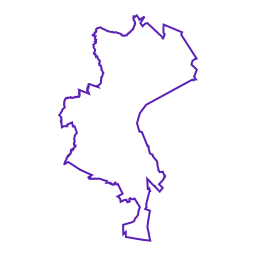 the district of Allende, Chihuahua, Mexico
{"feature_id": "50627088B83243051408080", "entity_name": "Allende", "entity_type": "district", "adm_level": 2, "iso_a3": "MEX", "parent_name": "Mexico", "parent_adm1": "Chihuahua", "projection": "albers", "projection_center": [-105.393, 27.035], "detail": "fine", "context": "isolated", "style": "outline", "palette": "violet", "viewbox_px": 256, "rotation_deg": 0, "n_neighbors": 0, "source": "geoboundaries", "source_scale": "gbopen_adm2", "svg_char_len": 5600}
<svg xmlns="http://www.w3.org/2000/svg" viewBox="0 0 256 256"><path d="M64.4,164.1L68.2,162.0L80.4,169.9L91.9,175.1L88.4,177.3L89.1,178.1L89.3,178.7L89.6,178.6L90.3,178.0L90.6,178.1L90.8,178.8L91.6,178.6L92.5,179.0L93.8,178.9L94.3,178.5L96.8,178.9L97.9,178.5L98.8,178.5L106.1,180.9L106.6,180.9L106.4,181.3L106.9,182.6L106.7,182.8L107.4,182.8L107.7,182.6L109.0,182.7L109.2,183.1L110.4,183.9L110.8,183.7L111.0,183.2L112.4,184.6L112.7,184.4L113.7,184.8L114.4,184.4L114.4,183.2L115.4,182.6L115.8,183.8L116.4,184.1L116.9,184.5L117.2,184.7L117.6,184.6L118.0,184.2L120.7,189.9L122.6,193.7L117.6,196.5L118.9,197.0L119.2,198.0L119.9,198.5L120.5,199.4L120.4,200.4L120.6,201.8L121.6,201.2L122.3,201.1L123.8,200.2L124.8,199.9L125.5,200.1L126.3,199.8L126.3,200.2L126.5,200.2L127.3,202.1L127.6,201.9L128.3,202.0L128.6,202.0L128.7,201.5L129.8,201.3L129.9,201.1L129.6,200.5L129.3,199.1L129.4,198.8L129.9,198.6L130.2,198.2L131.3,198.9L132.8,199.3L133.4,199.2L133.6,198.9L134.2,198.9L134.6,198.6L139.9,207.2L138.7,210.3L138.8,211.0L138.1,212.8L138.1,214.2L137.8,215.4L136.7,216.8L135.0,218.6L134.5,220.4L133.8,221.3L131.9,222.3L123.1,224.8L123.3,234.2L125.7,231.9L125.9,237.0L144.0,240.0L150.2,240.6L149.0,235.1L149.1,234.2L148.6,232.8L148.5,232.0L147.4,227.1L148.0,222.1L149.9,210.7L145.2,209.0L146.1,207.6L146.6,207.1L146.2,204.2L149.5,191.3L150.1,191.2L149.2,188.3L148.7,188.7L148.6,189.3L147.8,189.1L147.2,178.8L153.8,185.7L154.9,186.0L154.8,186.4L159.7,191.6L162.7,187.8L159.0,184.2L161.8,181.3L163.8,178.9L163.9,177.4L164.3,177.1L165.0,176.9L165.1,176.0L165.0,175.7L163.9,174.6L163.2,172.9L162.9,171.8L159.8,172.1L159.1,170.9L158.4,170.5L158.4,169.8L158.5,169.3L157.7,166.5L157.3,164.2L157.4,163.4L156.8,161.0L156.3,160.2L155.7,159.9L152.8,156.1L152.8,155.1L152.5,154.6L151.2,154.1L149.9,153.4L148.8,149.0L148.5,146.4L148.2,145.8L147.5,146.1L142.0,132.2L141.9,132.0L140.2,131.6L139.5,131.7L137.0,123.2L139.8,113.3L146.1,104.8L192.4,79.6L193.3,80.3L193.7,80.3L194.9,79.4L195.9,79.4L194.1,77.0L194.4,76.0L194.6,76.0L194.6,75.6L196.8,69.6L191.5,64.6L192.4,61.0L194.1,59.6L196.6,58.6L181.2,34.7L182.1,32.3L163.7,24.6L163.4,28.9L163.5,32.2L163.6,32.8L164.7,34.4L163.0,38.5L162.8,38.4L162.6,38.3L162.7,38.0L162.3,37.1L160.3,35.1L159.6,34.7L155.8,30.9L154.9,30.4L153.5,28.8L147.2,23.0L144.8,23.9L142.7,26.2L140.4,23.2L144.5,16.6L139.5,19.8L139.3,19.1L136.7,15.4L135.5,16.3L135.1,16.9L133.7,16.3L133.6,17.1L133.2,18.3L133.9,19.7L134.0,20.7L134.7,21.5L134.8,21.9L135.0,22.5L134.8,23.2L135.1,23.7L135.1,24.2L134.9,25.0L134.5,25.2L134.2,25.6L134.0,26.8L133.5,27.5L133.5,27.9L133.0,28.9L133.1,29.3L132.7,29.6L132.2,29.7L131.8,30.0L130.8,31.5L129.6,32.2L129.3,33.0L127.8,33.6L127.5,34.0L127.4,34.8L126.8,35.3L125.5,35.5L124.7,35.4L124.1,35.8L122.7,35.7L122.2,35.5L121.7,34.5L121.0,34.5L120.8,34.1L120.4,33.8L118.9,33.2L117.4,32.9L116.4,32.3L115.8,32.2L114.6,32.6L113.8,32.2L113.0,32.4L112.2,31.8L111.6,32.1L110.4,31.7L108.0,31.3L107.8,31.1L107.3,31.0L104.8,29.6L102.5,28.7L100.5,27.4L99.5,27.4L98.3,28.1L97.8,28.0L97.5,28.0L97.3,28.5L96.1,29.3L95.9,29.8L96.3,31.3L96.1,32.0L95.6,32.4L94.7,32.4L94.6,32.8L94.7,33.5L94.6,33.9L93.3,34.4L92.6,35.2L92.9,35.5L95.6,36.1L95.2,36.8L94.9,37.7L94.8,38.8L95.0,39.1L96.2,39.5L96.3,39.7L96.1,40.3L94.8,41.5L95.1,41.8L96.0,42.0L96.1,42.5L95.8,42.9L95.3,43.3L94.4,43.7L93.3,44.7L93.7,46.1L93.7,47.6L94.8,49.1L95.1,49.9L94.7,51.9L93.9,52.9L93.8,53.2L94.3,54.0L95.4,54.1L95.4,55.1L96.0,56.3L96.0,56.5L96.4,56.2L96.7,56.5L97.1,56.4L97.2,56.9L97.5,57.1L97.5,57.6L97.7,58.0L97.8,58.5L98.7,59.5L98.9,60.0L99.8,60.9L99.8,61.4L99.9,61.6L99.8,61.9L99.8,62.1L99.3,62.7L99.1,63.4L99.2,63.6L99.5,63.7L99.7,64.1L99.3,65.0L99.9,65.4L100.4,65.4L100.7,65.8L100.7,66.1L101.1,66.4L101.3,67.7L101.7,68.4L101.5,69.0L101.7,69.3L101.4,69.1L101.3,69.7L102.2,70.7L102.5,71.3L102.6,72.1L103.4,73.0L103.4,73.3L102.7,74.1L102.6,75.2L102.1,76.8L101.3,77.3L101.1,77.6L101.3,79.6L101.1,80.0L100.8,80.3L101.1,82.3L100.9,83.0L98.4,85.7L97.3,85.9L98.2,87.1L95.3,86.2L89.1,84.0L88.8,84.1L88.4,84.4L88.4,85.3L88.3,85.7L88.5,85.9L88.5,86.2L88.8,86.4L88.8,86.7L88.4,87.0L88.4,87.4L87.9,87.1L87.6,87.7L87.4,87.7L87.4,88.3L87.2,88.6L87.2,89.7L87.5,89.8L87.1,90.2L87.3,90.7L87.7,90.9L87.7,91.5L88.2,91.9L88.1,92.4L88.5,92.6L88.5,92.9L88.7,93.0L88.6,93.3L88.8,93.7L78.9,89.8L79.0,90.5L79.2,90.9L79.2,91.3L79.3,91.5L79.2,92.0L79.6,92.5L78.8,93.4L79.0,94.0L79.6,94.3L79.8,94.7L79.6,95.1L79.6,95.9L78.9,97.0L78.6,96.9L77.7,96.9L77.6,96.7L77.4,96.9L76.7,96.9L76.3,97.2L75.7,96.9L75.2,96.9L74.2,97.3L74.0,97.6L73.2,97.6L72.7,98.0L71.9,98.0L71.3,97.4L70.5,97.6L70.3,97.3L69.7,97.7L68.7,97.9L68.0,97.7L67.9,97.8L67.8,97.6L67.6,97.6L66.9,98.0L66.2,98.0L65.8,98.4L65.3,98.9L65.3,99.4L64.8,99.8L64.8,100.5L64.2,101.5L64.3,102.1L64.3,102.9L64.1,103.1L64.2,104.4L64.0,104.9L64.5,106.2L64.9,107.0L64.7,107.5L64.0,107.9L62.2,110.0L62.0,110.9L61.5,111.9L60.0,114.1L59.2,115.0L61.4,117.7L61.2,119.1L61.2,119.6L61.6,120.0L61.1,120.7L61.3,121.3L60.8,121.4L61.1,122.4L61.4,122.5L61.9,127.3L63.9,126.2L67.3,126.2L67.1,124.7L72.1,122.4L72.3,124.2L72.8,124.9L72.7,126.0L73.1,126.6L74.6,126.3L76.9,132.9L74.9,135.2L74.3,138.4L74.1,138.9L74.5,140.0L74.8,141.5L74.7,141.9L74.0,142.7L74.1,143.1L73.8,143.8L73.9,144.3L74.6,146.0L75.4,145.6L75.4,146.5L75.0,146.7L74.8,147.3L74.2,147.6L72.9,148.7L73.1,149.1L72.5,149.1L72.5,149.8L71.8,149.4L70.9,150.0L71.2,150.7L71.2,151.4L71.0,151.6L71.2,151.9L70.8,152.4L70.7,153.4L69.9,153.8L69.9,154.5L69.1,155.3L68.6,155.1L67.8,155.8L68.1,156.6L67.8,156.7L67.6,157.1L67.0,157.5L66.7,157.9L66.5,158.4L66.6,159.3L65.8,160.3L64.8,162.3L64.8,162.9L64.3,163.9L64.4,164.1Z" fill="none" stroke="#5b21b6" stroke-width="2"/></svg>